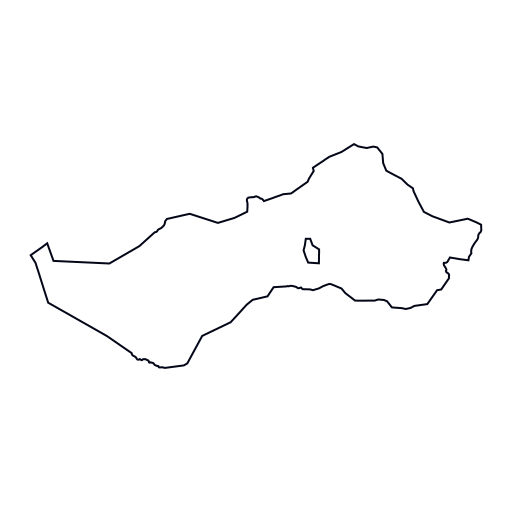 outline of Aldarxaan, Dzavhan, Mongolia
{"feature_id": "93677404B43820021416267", "entity_name": "Aldarxaan", "entity_type": "district", "adm_level": 2, "iso_a3": "MNG", "parent_name": "Mongolia", "parent_adm1": "Dzavhan", "projection": "mercator", "projection_center": [96.609, 47.727], "detail": "fine", "context": "isolated", "style": "outline", "palette": "ink", "viewbox_px": 512, "rotation_deg": 0, "n_neighbors": 0, "source": "geoboundaries", "source_scale": "gbopen_adm2", "svg_char_len": 5634}
<svg xmlns="http://www.w3.org/2000/svg" viewBox="0 0 512 512"><path d="M481.1,224.7L476.3,222.3L467.8,218.7L449.4,222.5L432.5,216.3L423.9,211.9L418.5,201.8L413.6,191.3L412.9,188.3L407.6,184.7L401.6,178.8L394.9,175.3L389.6,172.5L386.3,170.7L383.2,163.2L382.4,153.9L377.2,147.4L373.4,146.6L373.2,146.6L372.8,146.7L369.5,147.4L366.7,148.0L363.3,147.4L358.3,146.4L354.0,144.1L350.5,146.3L341.4,152.0L329.3,156.8L323.9,160.4L323.8,160.5L323.7,160.6L319.2,163.6L313.0,167.7L312.9,167.8L312.9,168.0L313.0,168.2L313.2,169.1L313.4,169.7L313.4,169.9L313.7,171.0L312.5,172.9L309.0,178.6L307.6,181.8L295.2,190.5L293.0,192.1L291.0,193.5L283.2,194.2L280.9,195.1L276.6,196.6L276.4,196.6L276.0,196.8L272.2,198.2L265.3,200.6L263.9,201.1L263.3,200.3L263.0,199.9L262.6,199.4L262.2,199.1L261.8,198.8L261.6,198.7L261.4,198.7L261.1,198.6L260.9,198.6L260.6,198.6L260.3,198.5L260.1,198.4L259.9,198.2L259.6,197.9L259.4,197.7L259.0,197.5L258.7,197.3L258.5,197.2L258.0,197.0L257.7,196.9L257.4,196.8L257.1,196.7L256.7,196.4L256.4,196.3L256.2,196.3L255.8,196.4L255.6,196.5L255.4,196.5L254.9,196.6L254.7,196.7L254.7,196.8L254.4,197.0L253.9,197.1L253.4,197.2L252.8,197.2L252.5,197.2L252.1,197.1L251.7,197.2L251.2,197.3L250.4,197.3L249.8,197.4L249.2,197.5L248.7,197.6L248.3,197.7L247.9,198.0L247.5,198.3L247.3,198.7L247.1,199.0L247.0,199.3L246.9,199.7L246.9,200.0L246.9,200.7L247.2,202.0L247.4,202.8L247.5,203.4L247.5,204.1L247.5,205.2L247.5,207.1L247.2,211.7L241.9,214.3L234.5,217.9L228.5,219.7L217.9,222.9L189.7,213.8L171.6,217.9L166.8,219.0L166.6,219.3L166.0,220.2L165.4,220.9L165.2,221.3L165.1,221.5L165.0,222.1L165.0,222.5L164.6,223.9L164.3,224.7L164.1,225.1L164.0,225.4L163.7,225.7L163.2,226.1L162.7,226.7L161.7,227.6L161.3,228.0L160.9,228.2L160.2,228.6L159.5,228.9L158.8,229.3L158.2,229.6L157.9,229.9L157.7,230.3L157.4,230.8L156.9,231.5L156.7,231.6L156.2,231.9L155.7,232.1L155.2,232.2L154.7,232.3L139.4,246.1L135.8,248.2L109.7,263.3L109.4,263.5L53.5,260.9L47.2,243.3L42.6,246.8L30.7,255.2L35.6,263.0L36.4,265.6L38.7,272.7L43.5,288.0L46.3,296.8L46.6,297.8L46.8,298.3L47.9,301.8L48.2,302.7L52.6,305.2L107.0,336.1L129.3,351.5L131.6,353.0L131.8,353.7L131.8,354.0L131.9,354.4L132.2,354.8L132.6,355.3L133.0,355.6L133.3,355.8L133.8,356.0L134.1,356.2L134.6,356.4L134.9,356.6L135.3,356.9L135.7,357.2L135.9,357.4L136.1,357.6L136.4,358.2L136.7,358.7L136.9,359.0L137.3,359.4L137.6,359.6L137.9,359.7L138.2,359.7L138.4,359.7L138.6,359.7L138.8,359.6L139.0,359.5L139.3,359.3L139.5,359.2L139.9,359.1L140.1,359.2L140.3,359.4L140.3,359.5L140.5,359.6L140.8,359.8L141.0,359.8L141.2,360.0L141.5,360.1L142.0,360.1L142.4,359.8L142.6,359.6L142.8,359.4L143.1,359.3L143.4,359.2L143.5,359.2L143.8,359.1L144.0,359.2L144.7,359.2L144.9,359.2L145.1,359.1L145.4,359.2L145.6,359.2L145.8,359.3L146.1,359.5L146.3,359.6L146.7,359.8L146.9,359.9L147.1,360.0L147.4,360.1L147.9,360.3L148.2,360.4L148.4,360.6L148.6,360.9L148.8,361.4L148.8,361.6L148.9,362.0L149.0,362.0L149.1,362.3L149.4,362.6L149.6,362.7L149.9,362.7L150.0,362.7L150.3,362.4L150.5,362.4L150.8,362.3L151.0,362.4L151.2,362.5L151.5,362.6L152.0,362.7L152.3,362.8L152.6,362.9L152.8,362.9L153.1,363.0L153.3,363.1L153.5,363.4L153.6,363.6L153.8,363.8L154.0,363.9L154.1,364.0L154.3,364.5L154.5,364.7L155.0,365.1L155.4,365.3L155.6,365.4L155.9,365.5L156.1,365.5L156.4,365.6L156.6,365.7L156.8,365.8L157.1,366.0L157.4,366.0L157.6,366.0L157.8,366.1L158.0,366.0L158.3,366.1L158.5,366.3L158.6,366.6L158.7,367.0L158.8,367.2L159.0,367.2L159.3,367.3L159.5,367.3L160.0,367.5L160.6,367.4L160.9,367.4L161.2,367.3L161.4,367.2L161.7,367.2L161.9,367.2L162.1,367.2L162.3,367.3L162.5,367.4L162.8,367.5L163.1,367.5L163.4,367.5L163.7,367.5L163.9,367.6L164.3,367.8L164.6,367.8L165.0,367.9L183.9,365.4L187.3,363.4L202.2,335.9L230.7,322.2L240.9,311.1L243.3,308.4L246.8,304.6L252.7,299.8L262.2,297.6L266.4,296.6L266.8,296.5L267.5,296.4L273.6,287.2L286.6,286.4L287.3,286.1L288.5,286.3L290.6,285.8L292.7,286.0L294.5,286.5L295.9,286.8L297.1,287.6L298.1,288.2L299.0,288.2L300.6,287.6L301.2,287.6L301.7,288.3L302.3,288.9L302.8,289.2L307.2,289.3L307.5,289.3L310.2,289.4L312.9,290.2L318.9,288.4L323.6,285.9L323.8,285.9L326.1,285.0L329.3,283.9L331.4,284.3L333.0,285.0L333.6,285.2L336.7,286.5L341.5,288.5L345.3,293.1L355.1,300.6L360.7,300.7L362.5,300.7L368.6,300.6L374.6,300.6L374.8,300.6L375.1,300.5L377.8,299.6L378.1,299.5L379.9,299.6L381.6,299.8L381.9,299.8L384.0,300.0L387.1,301.3L391.9,307.4L394.2,307.6L401.5,308.1L405.9,309.0L410.6,307.9L414.4,305.9L427.3,304.1L437.1,290.2L441.2,289.5L447.7,280.1L447.8,279.9L448.0,279.6L448.4,279.3L448.6,278.9L448.9,278.4L448.9,277.6L449.0,276.8L449.0,276.0L449.1,275.4L449.0,274.4L448.5,273.8L447.9,273.1L447.3,272.8L446.6,272.5L446.4,272.2L446.3,271.7L446.1,271.4L445.9,271.0L446.0,270.6L446.3,270.2L446.4,269.7L446.3,269.2L445.9,268.4L445.5,267.6L444.1,265.5L443.9,264.8L443.7,263.8L443.7,263.4L443.9,262.8L445.0,262.9L446.1,262.7L447.1,262.2L447.6,261.5L448.3,260.4L448.8,259.3L449.5,258.4L449.9,257.5L460.1,259.2L468.4,260.3L469.0,256.8L471.4,253.3L471.2,252.5L471.2,250.6L471.5,248.9L472.1,247.6L472.7,246.3L473.4,245.2L474.2,243.8L474.9,242.8L476.0,241.3L477.0,240.0L477.5,239.2L478.0,238.0L478.1,237.5L478.2,237.1L478.2,235.9L478.3,235.4L478.5,234.6L478.7,234.1L479.1,233.6L479.5,233.0L479.9,232.7L480.2,232.5L480.5,232.2L480.7,231.7L481.0,231.1L481.3,230.5L481.1,224.7ZM319.0,255.9L318.9,263.3L311.1,262.8L308.2,262.6L305.9,257.3L305.2,255.3L303.9,251.3L303.6,250.3L304.9,245.1L305.8,238.8L308.2,238.8L308.3,238.8L310.2,238.8L312.6,245.3L315.6,247.2L315.8,247.3L316.9,248.0L318.5,249.0L319.1,249.4L319.1,252.0L319.1,253.2L319.0,254.5L319.0,255.4L319.0,255.5L319.0,255.9Z" fill="none" stroke="#020617" stroke-width="2"/></svg>